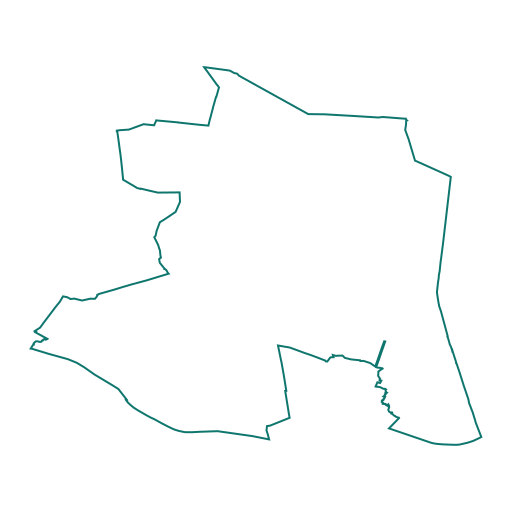 the district of Aizkraukles pag., Aizkraukles, Latvia
{"feature_id": "27541924B10517585408275", "entity_name": "Aizkraukles pag.", "entity_type": "district", "adm_level": 2, "iso_a3": "LVA", "parent_name": "Latvia", "parent_adm1": "Aizkraukles", "projection": "equal_earth", "projection_center": [25.231, 56.65], "detail": "fine", "context": "isolated", "style": "outline", "palette": "teal", "viewbox_px": 512, "rotation_deg": 0, "n_neighbors": 0, "source": "geoboundaries", "source_scale": "gbopen_adm2", "svg_char_len": 5663}
<svg xmlns="http://www.w3.org/2000/svg" viewBox="0 0 512 512"><path d="M405.8,118.6L405.0,118.7L382.9,117.0L378.4,117.5L352.4,115.9L324.3,114.3L308.2,114.1L287.3,102.5L275.2,95.8L242.2,77.5L239.6,76.0L239.1,75.8L238.9,75.6L237.4,73.9L237.1,73.7L236.9,73.6L236.1,73.4L234.7,73.2L234.3,73.1L230.9,71.2L229.9,70.7L229.2,70.5L204.8,67.2L204.1,67.2L205.8,69.5L206.6,70.6L206.8,70.8L217.0,84.9L217.3,85.1L219.0,87.4L216.3,96.9L216.0,97.0L212.9,107.9L212.9,108.2L210.1,118.7L210.0,118.8L208.4,125.6L199.5,124.8L178.1,122.5L178.1,122.4L156.2,120.4L156.1,120.9L154.4,124.5L154.3,125.1L154.1,125.3L143.6,124.2L128.8,129.6L120.0,130.2L119.8,130.2L116.8,130.6L116.8,131.4L117.2,131.6L117.3,131.7L118.5,140.1L119.8,149.9L120.4,154.0L121.1,159.9L122.1,169.4L123.1,179.4L123.1,179.7L137.3,188.1L140.5,188.9L140.7,188.6L149.1,190.6L157.8,192.6L179.6,192.4L180.0,201.9L178.1,206.2L175.6,211.9L164.0,219.7L159.9,222.2L156.7,230.6L155.6,235.7L154.3,237.2L158.2,245.1L159.3,248.9L159.9,250.2L160.4,255.3L160.7,256.8L160.9,257.1L160.9,257.6L160.8,257.8L160.5,257.9L159.1,259.1L159.8,262.8L164.7,268.9L164.6,269.1L165.5,269.3L165.7,269.5L166.6,270.6L167.3,271.9L168.1,273.2L168.6,273.7L162.6,275.5L146.9,280.3L131.3,284.5L129.0,285.2L122.4,287.1L116.7,288.9L112.6,290.1L104.1,292.5L98.5,294.1L97.7,295.0L97.3,294.9L96.9,296.3L96.5,297.0L94.9,298.8L90.3,298.7L82.1,300.5L74.2,298.6L72.7,298.8L71.3,298.9L71.1,299.0L70.4,299.0L69.1,298.2L68.1,297.7L66.9,297.1L63.0,296.4L60.0,301.5L56.3,306.1L55.4,307.2L49.6,314.9L43.2,323.3L41.3,326.0L40.0,327.7L34.8,331.0L36.0,331.6L35.3,332.3L47.5,338.9L47.4,339.0L45.8,339.7L45.4,339.6L44.8,339.4L43.8,339.4L43.5,339.4L43.4,339.5L43.1,339.8L43.1,340.0L42.9,340.5L42.7,340.6L42.4,340.6L42.0,340.6L41.8,340.8L41.6,341.2L41.5,341.5L41.2,341.8L39.9,341.9L38.5,341.6L37.4,341.3L36.1,341.3L35.5,341.6L35.2,341.9L34.6,342.3L34.5,342.5L33.9,343.3L33.6,343.5L33.6,343.8L33.9,344.0L33.8,344.5L33.4,344.4L33.2,344.6L33.1,344.8L30.7,348.6L32.4,348.9L49.2,354.0L68.0,359.2L76.8,362.8L84.4,367.4L94.3,374.4L112.0,385.0L118.4,389.0L126.8,399.8L126.0,400.0L127.8,402.4L130.4,404.9L133.5,407.5L137.4,410.0L141.3,412.3L146.0,415.0L150.0,417.2L154.7,419.4L158.6,421.6L162.5,423.7L167.7,426.4L171.6,428.3L174.6,429.6L179.1,431.0L181.7,431.5L184.5,432.1L186.7,432.2L189.1,432.2L192.3,432.2L199.5,431.8L210.9,431.4L217.7,431.2L252.4,436.1L269.1,439.4L267.8,434.4L266.5,430.4L267.0,426.1L269.9,425.7L282.4,420.7L289.6,417.8L288.9,413.9L288.4,410.7L285.2,390.9L286.3,390.8L283.8,375.3L281.5,362.3L281.0,360.2L279.9,354.8L278.0,345.5L282.0,346.2L289.6,347.5L290.8,347.9L305.5,353.3L309.5,354.6L316.3,357.1L325.3,360.6L325.8,361.4L327.3,361.5L330.2,357.6L331.2,357.2L333.5,357.2L332.9,355.0L335.5,355.8L336.9,355.8L338.0,355.7L342.5,355.6L344.9,357.9L351.1,359.4L360.1,360.3L360.3,361.0L363.6,360.9L370.3,363.1L374.7,366.2L375.3,366.4L378.3,358.1L378.6,357.1L379.0,356.0L381.0,350.2L381.8,347.9L384.2,341.3L385.2,341.5L381.3,352.5L379.2,358.7L379.1,359.2L378.2,361.3L377.7,362.8L376.4,366.4L376.2,367.2L377.6,367.6L379.5,367.8L380.8,368.0L382.0,368.4L382.4,368.3L382.6,368.6L380.8,369.7L378.4,371.5L378.3,374.3L378.1,375.7L378.7,376.7L380.0,378.8L379.8,379.4L380.0,379.4L379.7,380.4L381.3,380.7L380.1,383.0L377.4,382.3L375.7,386.3L375.6,386.5L377.0,386.8L377.1,386.7L378.7,386.9L380.1,387.2L381.0,387.6L381.8,387.9L382.6,388.5L383.6,388.8L385.2,388.8L385.4,388.9L385.4,389.1L385.8,389.4L385.4,389.6L385.5,389.8L385.7,391.1L385.8,391.2L385.7,391.4L385.7,391.6L385.8,391.8L386.0,392.0L386.4,392.3L385.9,392.4L385.4,392.7L385.4,392.9L385.5,393.0L385.7,392.9L385.9,392.8L386.0,392.7L386.1,392.8L386.3,392.9L386.5,393.2L386.3,393.4L386.0,393.7L385.9,393.9L385.5,394.1L385.2,394.1L384.9,394.3L385.0,394.6L385.0,394.8L384.8,394.9L384.7,395.5L383.8,396.2L385.0,396.4L385.2,396.5L385.0,397.0L384.7,397.2L384.6,397.8L384.2,397.9L384.1,398.0L384.3,398.4L384.3,398.5L383.9,399.0L383.7,399.1L383.4,399.2L383.4,399.4L383.4,399.5L383.5,399.8L383.4,400.0L383.1,400.0L382.8,400.1L382.7,400.0L382.3,400.2L382.3,400.3L382.3,400.6L381.8,400.9L381.8,401.0L382.1,401.0L382.2,401.4L382.2,401.5L381.9,402.0L382.0,402.1L382.1,402.3L382.5,402.4L382.6,402.5L383.0,402.8L383.2,403.3L383.1,403.5L382.7,403.5L382.7,403.8L383.0,403.8L383.3,403.7L383.5,403.9L384.4,404.1L384.5,404.1L384.5,403.8L384.9,403.8L385.6,404.2L385.8,404.3L386.1,404.5L386.3,404.6L386.7,404.6L386.7,405.0L386.5,405.3L387.7,405.8L388.1,406.2L388.6,404.8L388.9,405.3L389.1,406.1L389.1,406.4L389.2,407.3L389.0,407.8L388.5,409.2L388.3,409.7L388.4,410.1L388.7,410.8L388.9,411.4L389.5,411.9L390.4,412.4L390.7,412.6L391.8,412.3L392.1,412.5L392.0,412.8L391.7,413.0L391.4,413.6L392.7,414.2L393.1,414.6L393.4,415.0L394.5,415.9L394.9,415.9L395.4,416.2L395.5,416.5L396.1,416.8L396.3,416.9L397.2,417.2L397.4,417.3L397.9,417.6L399.0,417.7L399.3,417.6L399.6,417.5L389.0,428.4L430.9,442.7L432.9,443.2L435.4,443.7L439.4,444.1L443.4,444.4L448.6,444.6L454.0,444.8L456.9,444.8L459.3,444.6L462.1,444.0L468.0,442.6L473.2,440.9L479.2,438.1L481.3,437.0L475.7,422.5L475.3,421.1L474.7,418.7L474.4,418.1L472.6,412.0L472.4,411.7L470.1,405.6L469.1,403.1L468.7,401.2L468.7,400.7L468.2,398.7L463.6,385.2L459.3,371.6L456.5,363.4L456.0,363.0L456.1,362.1L452.9,352.2L452.3,350.2L452.1,350.5L451.8,349.3L450.8,346.4L449.8,344.5L449.4,342.9L448.3,339.0L447.4,336.4L447.7,336.2L440.9,311.1L439.0,305.7L439.0,305.4L439.0,304.8L438.5,302.8L437.0,293.0L437.0,291.4L438.1,281.7L438.7,278.0L438.9,274.9L439.6,271.5L440.7,261.0L441.0,259.2L443.0,243.7L450.8,176.9L449.0,175.9L415.0,160.6L411.2,147.9L408.4,138.5L408.3,138.4L405.2,129.9L406.0,124.9L406.2,120.6L406.9,120.4L406.7,120.2L406.3,119.7L406.0,119.2L405.8,118.6Z" fill="none" stroke="#0f766e" stroke-width="2"/></svg>